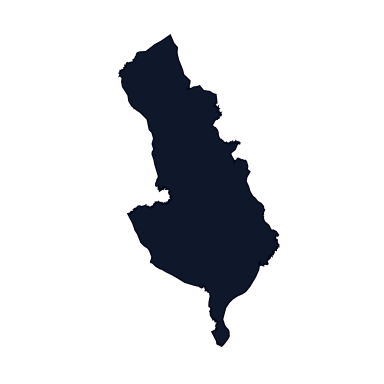 Phon Sawan, Nakhon Phanom, Thailand (orthographic projection), rotated 71°
{"feature_id": "78962969B77230188112326", "entity_name": "Phon Sawan", "entity_type": "district", "adm_level": 2, "iso_a3": "THA", "parent_name": "Thailand", "parent_adm1": "Nakhon Phanom", "projection": "orthographic", "projection_center": [104.429, 17.459], "detail": "fine", "context": "isolated", "style": "filled", "palette": "ink", "viewbox_px": 384, "rotation_deg": 71, "n_neighbors": 0, "source": "geoboundaries", "source_scale": "gbopen_adm2", "svg_char_len": 6105}
<svg xmlns="http://www.w3.org/2000/svg" viewBox="0 0 384 384"><g transform="rotate(71 192 192)"><path d="M191.7,259.7L202.3,258.1L209.8,258.1L213.7,257.1L223.1,256.6L226.7,254.9L231.1,251.7L233.9,251.1L239.9,250.9L242.1,251.7L244.2,253.7L245.2,253.9L245.8,252.6L250.5,250.2L254.5,246.7L254.9,245.7L258.6,242.7L264.2,237.1L275.1,228.0L281.0,219.8L283.0,216.4L282.8,215.6L283.6,215.9L285.4,214.4L285.2,213.7L285.6,213.8L285.6,213.0L284.7,212.3L285.3,211.5L284.8,211.3L285.6,210.6L287.2,211.0L288.2,210.4L289.5,211.5L290.2,209.9L291.0,209.2L291.6,209.5L292.7,208.0L296.4,208.5L301.6,211.5L305.5,213.1L308.9,211.2L309.3,211.7L309.0,212.3L310.4,213.1L310.4,213.7L311.0,214.1L311.6,213.6L314.1,214.6L317.3,214.2L318.2,213.4L318.8,213.6L318.8,213.1L319.4,213.3L319.2,212.8L320.0,212.6L320.3,212.2L319.9,212.0L320.7,211.6L321.3,212.3L322.2,212.2L322.3,210.6L323.3,210.7L323.5,209.9L323.9,210.9L325.0,211.0L324.9,212.1L325.9,212.4L326.5,213.2L328.9,212.9L329.1,212.5L329.6,212.9L329.8,213.6L329.3,214.0L330.4,214.4L330.1,214.7L330.7,218.7L340.6,217.2L343.6,217.7L343.8,217.2L344.5,217.2L344.6,216.1L345.1,216.3L345.8,215.6L345.6,214.5L346.4,214.6L346.2,213.8L347.2,214.4L347.4,214.1L346.3,211.8L342.5,206.1L340.3,203.9L335.8,202.6L333.7,202.9L331.0,204.2L328.7,204.7L322.3,204.6L312.4,198.0L308.6,193.1L306.3,188.5L304.9,183.1L304.4,177.3L303.4,173.6L299.8,167.9L292.5,159.3L287.4,154.6L284.2,152.8L280.4,151.7L280.7,150.9L280.3,150.5L281.3,150.5L281.7,151.1L283.5,151.0L283.4,150.3L284.5,148.9L284.0,149.0L284.2,148.0L283.7,147.6L284.0,146.9L283.3,146.9L283.7,145.5L284.7,145.2L284.9,144.4L284.4,144.5L284.3,143.8L283.4,144.4L282.9,143.5L281.4,143.8L281.0,142.4L280.3,142.3L280.7,141.3L279.2,140.8L279.9,140.5L280.0,139.9L278.2,138.7L278.2,138.2L277.7,138.9L277.7,138.0L278.5,137.4L276.7,137.2L277.4,136.0L276.8,135.8L277.0,135.3L276.1,135.0L276.2,134.2L275.5,133.9L275.3,134.7L274.3,134.9L274.0,131.8L274.5,131.3L273.2,130.8L272.8,129.6L271.3,129.4L272.0,127.9L270.1,127.2L269.3,127.8L266.9,127.9L265.1,127.0L264.7,127.5L265.3,128.5L264.2,129.7L264.1,128.6L263.0,127.9L261.9,128.2L261.0,127.3L260.8,126.7L261.5,125.3L260.8,124.3L257.0,125.3L256.1,126.6L255.5,126.4L255.1,127.4L254.4,127.8L254.6,128.9L253.8,129.6L248.3,130.4L243.6,133.2L239.2,133.2L238.6,132.5L237.5,132.8L236.7,132.5L236.5,131.8L235.2,131.7L232.4,129.3L230.9,129.8L228.8,129.2L225.5,130.4L222.4,133.1L218.3,134.5L215.8,136.1L210.3,137.2L205.3,136.9L199.4,137.5L195.8,135.5L191.6,130.7L188.2,132.8L188.1,132.3L185.7,131.0L180.7,130.7L179.4,131.5L179.2,132.9L178.0,133.7L177.9,135.3L177.1,135.3L175.3,137.2L175.1,138.2L175.9,138.7L176.6,140.3L176.4,141.8L177.7,142.6L177.3,142.6L175.0,142.2L169.8,143.1L167.7,142.7L165.8,137.4L161.3,133.4L161.1,132.8L161.9,131.3L161.2,130.8L160.7,131.6L160.2,131.4L160.0,132.5L159.4,132.4L159.7,133.4L158.1,133.9L158.7,134.3L158.5,134.8L159.4,134.9L158.7,135.4L158.9,136.8L157.8,137.0L158.6,137.5L157.6,138.3L157.9,138.7L158.3,138.5L158.3,139.0L157.3,139.5L158.0,140.5L157.7,141.1L158.3,141.5L157.4,142.8L156.3,143.1L156.6,144.3L155.7,145.0L155.5,146.1L153.4,146.2L153.4,146.9L151.8,147.3L151.5,148.3L149.6,148.7L147.5,148.8L143.9,148.0L141.6,148.0L138.8,149.0L137.5,150.5L135.4,151.2L134.5,150.7L134.3,149.8L131.8,147.3L131.0,145.2L131.4,144.3L130.5,143.3L130.9,142.6L130.6,142.2L129.9,142.7L129.0,141.6L129.2,139.9L128.5,139.7L128.1,138.9L127.5,139.0L127.8,139.1L127.2,139.6L127.4,140.2L126.5,140.3L126.2,139.4L126.0,140.2L125.5,140.1L125.4,140.6L124.1,140.3L124.2,141.9L123.3,141.6L123.5,141.0L122.8,141.0L122.5,140.1L121.8,140.7L121.2,140.1L121.4,139.6L120.7,140.0L120.1,139.7L120.5,140.3L120.2,141.1L119.7,140.8L119.0,141.3L119.3,142.3L119.0,142.0L117.9,142.9L117.9,142.2L117.2,142.1L117.3,141.5L116.3,141.9L115.9,141.6L115.8,139.5L107.7,137.7L106.0,140.1L102.8,142.6L100.0,148.1L94.1,150.3L94.2,152.6L93.4,156.5L94.0,159.3L93.5,160.3L93.8,160.7L93.4,162.5L91.8,160.5L90.9,160.6L88.3,158.7L86.1,157.8L78.3,161.8L73.7,161.3L63.3,161.8L58.9,161.5L55.5,161.0L50.6,158.9L45.4,160.9L36.6,161.5L39.5,171.8L40.7,179.2L44.3,189.8L42.7,196.0L42.7,198.3L43.5,199.4L45.3,200.3L45.5,201.1L46.3,201.9L47.2,202.0L48.0,204.7L49.6,204.6L50.0,205.1L49.4,208.5L49.7,210.1L48.8,210.7L48.9,211.8L51.2,213.5L50.6,214.2L52.2,214.4L52.5,216.1L53.7,215.7L54.1,216.6L53.7,217.9L54.3,218.0L53.8,218.4L54.1,219.9L53.8,220.3L54.7,220.9L55.0,220.5L55.9,220.9L56.0,222.1L57.2,221.5L58.8,222.9L58.9,221.9L61.6,220.7L64.6,222.4L69.7,223.3L79.8,220.9L85.5,222.0L90.8,220.9L93.5,219.3L94.2,219.5L94.6,218.1L95.5,218.1L99.8,214.9L108.6,210.6L119.2,212.0L122.6,210.4L128.9,210.7L133.6,213.9L139.3,214.1L141.3,216.4L143.2,217.3L149.2,217.3L153.7,218.0L166.1,218.5L167.5,219.2L169.1,221.1L171.2,222.3L171.7,223.2L174.2,224.2L174.8,223.7L175.3,221.5L176.1,221.5L177.0,222.6L177.7,222.4L178.2,222.9L179.0,222.1L180.5,222.4L180.1,220.8L179.3,221.0L179.0,220.4L179.6,220.0L179.2,219.0L179.9,218.9L180.1,218.4L178.8,217.6L177.5,217.6L178.1,216.8L179.1,216.7L178.8,215.9L179.7,215.4L179.8,214.6L180.4,214.5L180.9,215.6L181.6,213.3L183.5,212.9L184.1,212.2L184.6,212.6L184.1,212.9L184.8,213.3L184.5,213.9L185.2,214.1L184.7,214.5L185.6,213.9L186.3,214.2L189.2,212.9L189.0,213.8L189.8,214.4L190.6,213.7L192.5,214.2L191.9,214.6L192.4,215.1L192.0,215.3L192.3,215.6L192.1,216.6L194.5,217.7L194.8,218.4L194.2,218.5L194.6,218.8L193.9,219.2L194.6,219.5L194.4,220.3L195.0,220.5L194.4,220.9L194.6,221.5L194.0,221.3L194.2,221.8L193.6,221.7L194.3,223.5L193.8,223.4L193.3,224.3L192.8,223.8L192.8,224.7L191.9,224.7L191.6,226.0L190.1,227.0L191.0,229.1L190.2,229.2L190.5,229.6L189.9,230.0L190.9,230.5L191.0,232.0L192.5,232.7L192.4,233.4L192.8,233.5L192.5,233.8L193.0,234.4L192.7,234.8L193.3,234.9L193.0,235.2L193.5,236.1L193.3,236.6L192.7,236.5L192.4,237.7L191.5,237.9L191.2,238.6L191.6,239.1L191.0,239.1L191.0,240.0L190.1,240.3L189.4,240.0L190.0,242.5L189.6,242.6L189.3,245.1L188.4,245.7L187.9,247.3L188.5,248.9L189.7,249.9L189.0,250.9L189.5,251.4L189.1,252.0L190.0,252.7L189.9,253.1L190.8,252.9L191.5,253.6L190.7,255.8L191.6,257.2L191.9,257.0L192.4,257.5L191.9,257.6L192.2,258.5L191.8,258.6L191.7,259.7Z" fill="#0f172a" stroke="#020617" stroke-width="1.5"/></g></svg>